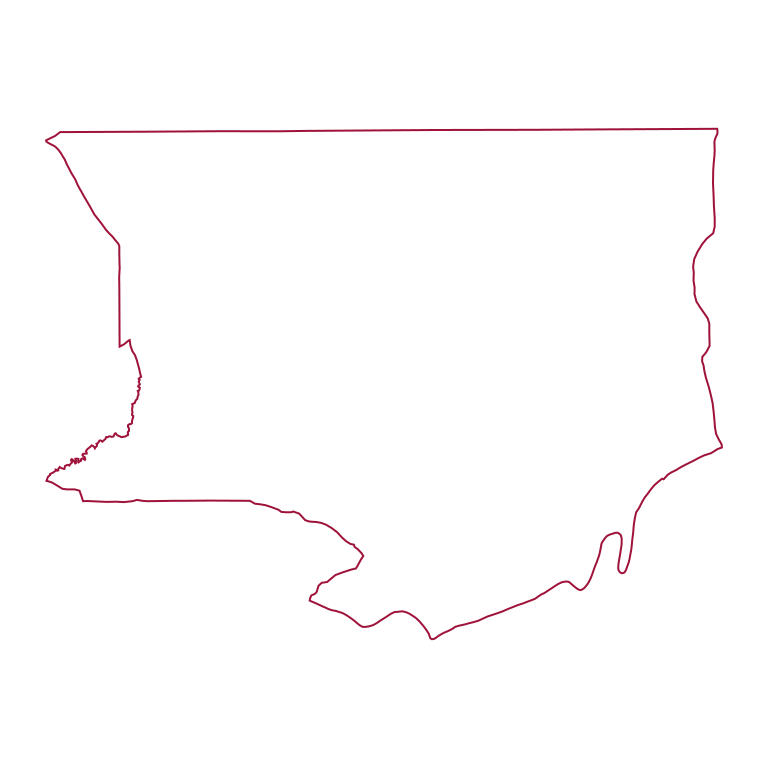 the district of Varin, Siemréab, Cambodia
{"feature_id": "14789045B34127084332177", "entity_name": "Varin", "entity_type": "district", "adm_level": 2, "iso_a3": "KHM", "parent_name": "Cambodia", "parent_adm1": "Siemréab", "projection": "robinson", "projection_center": [103.87, 13.824], "detail": "fine", "context": "isolated", "style": "outline", "palette": "rose", "viewbox_px": 768, "rotation_deg": 0, "n_neighbors": 0, "source": "geoboundaries", "source_scale": "gbopen_adm2", "svg_char_len": 6013}
<svg xmlns="http://www.w3.org/2000/svg" viewBox="0 0 768 768"><path d="M309.7,600.6L311.1,601.3L314.1,602.5L317.0,603.8L321.1,605.7L323.3,606.7L325.9,607.8L327.7,608.7L331.1,610.0L333.4,610.5L336.2,611.0L339.4,612.1L341.9,612.8L344.5,614.1L347.1,615.6L350.6,618.0L353.6,620.2L359.5,625.1L362.6,626.9L365.7,626.9L369.7,626.2L373.3,625.0L376.9,623.0L381.4,619.9L385.0,617.7L388.5,615.4L390.9,613.8L394.4,612.1L397.8,611.8L402.3,611.3L406.1,612.2L409.6,613.8L412.7,615.8L415.8,617.9L419.3,621.2L422.2,624.6L423.9,626.6L426.4,630.0L428.8,633.8L430.0,637.4L430.4,638.3L431.8,639.2L433.8,639.0L435.6,638.0L439.0,635.5L443.8,632.8L448.0,631.1L452.1,629.0L455.5,626.7L459.0,625.7L464.5,624.5L468.5,623.4L473.6,622.1L478.4,620.7L484.4,617.9L488.0,616.3L493.3,614.6L498.4,612.9L503.0,611.2L508.2,608.9L512.8,607.1L517.8,605.1L522.7,603.5L533.5,599.4L535.2,598.7L538.2,596.5L541.4,594.4L544.4,593.0L547.8,590.8L550.0,589.3L553.0,587.4L556.0,585.3L558.4,583.9L560.5,582.9L562.3,582.1L564.6,581.7L566.6,581.5L568.9,581.9L570.6,583.3L572.4,584.9L574.9,587.0L577.6,589.0L579.2,589.8L580.5,590.1L582.2,589.5L584.3,588.0L586.2,585.8L587.8,583.7L589.2,581.2L590.6,578.4L591.9,575.2L592.9,572.3L593.9,569.4L595.2,565.8L596.7,562.2L597.9,558.9L599.1,555.5L600.2,550.9L600.9,547.1L601.5,543.6L602.3,542.1L604.4,539.0L606.5,536.4L608.2,535.3L610.0,534.5L612.7,533.7L614.9,532.9L616.4,532.7L618.1,532.9L620.0,534.3L620.8,535.2L621.6,538.0L621.7,540.7L621.6,544.6L620.3,553.0L619.6,557.1L618.9,561.1L618.5,563.7L618.3,566.1L618.2,568.2L618.6,570.1L619.5,571.8L620.3,572.5L621.7,573.2L623.0,573.1L623.9,572.8L624.8,571.9L625.9,570.2L627.0,567.1L628.7,562.4L629.4,559.7L630.0,556.4L631.3,549.4L631.8,544.8L632.2,540.3L632.8,535.6L633.2,532.4L633.5,528.5L633.9,524.2L634.5,520.3L635.2,516.5L635.8,513.9L636.2,512.2L638.2,509.3L639.4,507.4L640.5,505.1L641.5,503.2L642.4,501.4L643.7,499.2L645.0,497.1L648.4,492.8L650.0,490.5L652.8,487.0L654.3,485.3L655.7,484.0L657.5,482.5L658.2,481.8L660.0,480.4L661.4,479.2L662.3,478.7L663.6,479.3L667.9,474.6L671.3,472.4L676.1,470.1L680.9,467.1L686.7,464.1L693.0,461.0L699.0,457.8L704.1,455.4L711.0,453.2L714.4,451.1L717.5,449.1L721.9,447.5L721.6,444.4L718.6,439.1L716.1,434.0L715.0,427.6L714.4,419.8L713.7,412.4L712.6,403.1L711.2,396.6L708.9,387.3L705.9,377.7L704.4,371.1L703.5,365.3L702.1,361.3L702.3,357.0L706.3,352.1L709.6,345.8L709.3,332.7L709.3,323.6L707.7,318.4L704.1,313.1L699.8,306.9L696.4,301.5L694.5,294.1L694.6,287.6L693.5,280.3L693.8,272.9L693.1,266.9L694.2,259.2L697.4,252.0L702.3,244.0L706.6,238.7L713.2,233.2L714.7,226.6L714.7,218.2L713.9,205.7L713.6,195.9L713.0,183.4L713.2,170.9L713.6,164.6L714.5,155.0L714.5,153.6L714.7,150.9L714.6,148.4L714.5,144.8L714.4,142.3L714.7,140.3L715.4,138.1L716.3,136.0L717.2,134.2L717.5,131.9L717.4,130.3L717.2,128.8L600.9,129.4L535.0,129.8L434.4,130.0L306.0,130.9L277.1,131.3L220.7,131.2L146.2,131.7L60.2,132.1L59.4,132.6L58.4,133.4L57.0,134.5L55.0,136.0L46.1,140.3L46.4,141.6L48.0,142.7L49.6,143.6L52.5,145.1L54.5,146.1L56.2,147.5L58.4,149.8L60.8,153.0L62.9,156.6L64.8,159.6L66.6,163.8L70.5,171.4L72.1,174.3L75.1,179.1L77.3,184.2L79.1,187.7L81.7,192.2L83.8,196.1L87.0,201.5L89.9,206.4L92.5,211.1L94.4,214.5L98.3,219.5L101.3,223.3L103.8,226.8L106.2,230.1L109.4,233.6L112.4,236.5L115.3,240.2L118.3,243.7L119.3,246.1L119.3,249.6L119.3,253.5L119.5,263.8L119.7,268.0L119.4,272.8L119.2,276.8L119.2,280.2L119.3,283.5L119.6,346.6L123.9,344.4L128.7,340.5L129.7,340.1L130.4,345.5L132.4,351.2L135.0,355.2L136.8,360.1L139.2,368.9L140.1,373.2L141.1,376.9L139.5,377.8L138.7,378.9L139.7,379.9L139.0,380.9L138.7,381.9L139.5,383.4L139.8,384.5L138.5,385.5L138.1,386.5L139.9,387.7L139.5,389.2L139.0,390.5L137.8,391.0L138.3,392.0L138.3,393.2L138.6,394.6L137.6,396.6L137.5,398.0L137.1,399.1L136.4,399.6L135.4,401.0L135.1,402.3L134.5,403.3L133.3,403.5L132.1,404.2L132.5,405.3L132.6,406.5L132.2,407.8L132.2,408.8L132.1,410.3L132.3,411.8L132.5,412.8L132.0,413.9L132.1,415.2L133.3,416.1L132.7,418.6L132.2,420.0L131.9,422.1L132.0,423.2L131.3,423.8L130.5,424.2L129.5,424.1L128.0,425.2L128.0,427.0L128.8,427.8L129.0,429.4L129.0,431.0L127.9,431.9L127.8,432.9L128.2,433.9L127.9,435.2L126.8,435.4L125.5,436.5L124.3,436.6L123.3,436.9L121.2,437.1L119.7,436.2L118.4,435.9L116.8,434.8L115.7,433.3L114.8,433.6L113.9,435.4L113.6,436.4L111.8,436.9L109.8,436.3L108.9,436.4L107.5,437.3L106.2,437.0L105.8,437.9L105.4,439.0L104.3,439.9L103.3,440.9L102.3,441.7L101.0,440.5L99.5,440.5L98.6,442.2L97.7,443.3L96.5,443.8L97.0,444.7L96.7,446.3L95.5,447.2L94.9,448.3L94.3,447.2L93.1,446.0L91.6,445.4L90.5,446.6L89.5,447.5L88.4,448.3L87.7,448.9L86.8,449.8L85.9,451.3L86.6,452.4L86.7,453.6L84.9,453.7L83.1,453.8L82.4,455.0L83.4,456.4L84.6,457.1L85.3,458.8L84.9,459.9L82.5,458.4L81.0,459.3L81.1,460.7L79.7,461.4L78.9,462.1L78.4,459.9L78.4,458.9L76.8,458.6L75.4,458.8L75.8,460.6L76.6,461.3L76.6,462.5L75.3,463.4L73.7,460.8L72.5,459.5L71.6,459.2L71.0,460.1L71.3,460.9L72.0,461.8L71.7,462.9L70.8,463.5L69.9,464.8L69.2,465.6L68.4,465.0L67.4,464.9L66.1,465.5L65.1,465.9L64.8,467.1L64.4,468.9L63.3,468.8L62.0,468.3L60.7,467.8L59.7,467.0L59.1,467.9L58.0,469.4L58.3,470.3L57.3,470.7L56.5,469.9L55.7,469.6L55.7,470.8L53.9,472.0L53.0,472.6L51.7,473.2L50.0,474.1L50.0,475.1L48.2,476.6L47.4,478.3L46.5,480.9L48.3,481.3L52.0,482.5L56.4,485.1L62.4,488.8L67.2,489.4L74.7,489.4L79.5,490.7L81.5,496.3L83.1,501.2L87.0,501.0L95.7,501.4L106.5,501.9L116.3,501.7L124.2,502.1L132.9,501.1L136.9,499.9L143.0,500.9L147.7,501.2L174.7,500.8L183.0,500.8L209.7,500.6L249.8,500.8L255.0,503.7L260.2,504.3L265.6,505.2L271.1,507.0L278.6,509.8L281.3,511.9L286.4,512.3L291.6,512.2L293.1,511.5L299.2,513.6L301.6,516.2L305.1,520.1L308.7,521.4L312.6,521.8L316.4,522.0L321.3,522.9L326.0,524.7L331.6,528.0L337.2,532.3L342.1,537.6L346.2,541.3L350.4,543.9L353.9,544.7L354.6,546.9L357.9,549.3L361.8,553.5L363.3,556.0L360.9,559.6L357.9,565.1L356.0,568.4L350.9,569.7L342.8,572.3L335.5,575.0L330.3,579.3L327.2,582.0L321.7,582.8L318.6,585.7L316.6,592.0L315.0,593.8L311.4,595.4L310.1,598.2L309.7,600.6Z" fill="none" stroke="#9f1239" stroke-width="2"/></svg>